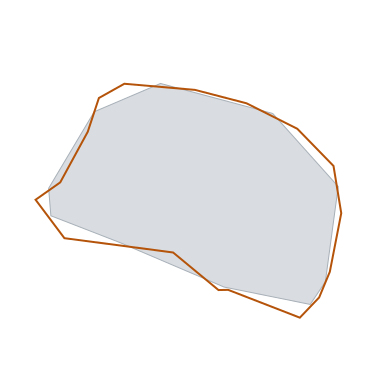 location of Rarotonga within Cook Islands, rotated 12°
{"feature_id": "COK-4953", "entity_name": "Rarotonga", "entity_type": "state/province", "adm_level": 1, "iso_a3": "COK", "parent_name": "Cook Islands", "parent_adm1": "", "projection": "orthographic", "projection_center": [-159.787, -21.22], "detail": "fine", "context": "in_parent", "style": "outline", "palette": "amber", "viewbox_px": 384, "rotation_deg": 12, "n_neighbors": 0, "source": "natural_earth", "source_scale": "10m", "svg_char_len": 562}
<svg xmlns="http://www.w3.org/2000/svg" viewBox="0 0 384 384"><g transform="rotate(12 192 192)"><path d="M331.0,277.4L243.1,278.3L131.7,256.4L58.9,244.6L51.0,218.2L79.7,133.8L138.6,92.4L254.6,98.4L333.9,156.3L341.1,252.1L331.0,277.4Z" fill="#d9dde1" stroke="#a8b0b8" stroke-width="1"/><path d="M173.6,91.5L226.9,93.9L281.9,108.3L325.0,137.1L342.4,181.7L343.4,241.4L338.3,268.7L323.6,292.5L247.7,280.2L238.3,282.4L186.1,255.1L76.8,263.7L40.6,232.1L61.1,210.0L77.5,154.8L81.4,119.4L103.3,100.2L173.6,91.5Z" fill="none" stroke="#b45309" stroke-width="2"/></g></svg>